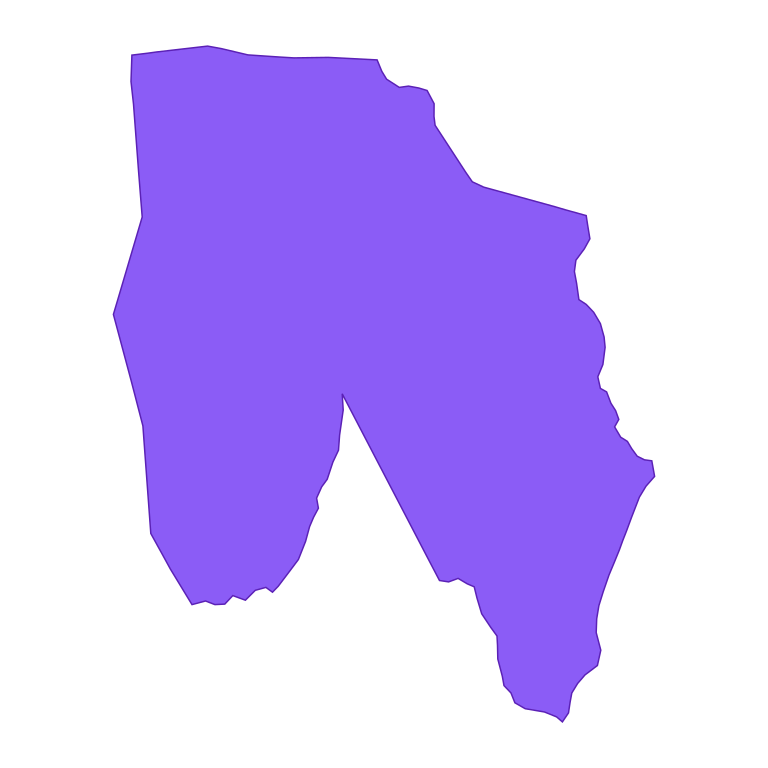 Sirinhaém, Pernambuco, Brazil (Equal Earth projection)
{"feature_id": "56859067B34906983561862", "entity_name": "Sirinhaém", "entity_type": "district", "adm_level": 2, "iso_a3": "BRA", "parent_name": "Brazil", "parent_adm1": "Pernambuco", "projection": "equal_earth", "projection_center": [-35.141, -8.583], "detail": "fine", "context": "isolated", "style": "filled", "palette": "violet", "viewbox_px": 768, "rotation_deg": 0, "n_neighbors": 0, "source": "geoboundaries", "source_scale": "gbopen_adm2", "svg_char_len": 1650}
<svg xmlns="http://www.w3.org/2000/svg" viewBox="0 0 768 768"><path d="M131.0,81.5L133.5,104.1L138.6,171.8L142.2,217.0L117.8,299.6L113.4,314.4L131.3,381.2L142.9,425.9L150.8,533.5L162.4,554.5L170.4,569.1L192.0,604.6L205.5,601.0L214.9,604.6L224.8,604.1L232.8,595.6L245.4,600.2L255.3,590.3L265.9,587.4L272.5,592.2L278.2,586.3L288.5,572.7L298.4,559.5L305.6,541.3L309.6,526.6L313.6,517.2L318.4,508.2L316.6,498.1L321.7,486.8L327.2,479.3L332.9,462.1L338.5,450.2L339.6,435.1L343.2,410.0L342.2,393.8L427.4,557.4L439.5,580.5L448.6,581.9L458.1,578.4L467.2,583.8L474.2,586.8L477.0,598.1L481.7,613.8L490.9,627.6L497.0,636.0L497.5,645.2L497.8,659.0L502.3,676.2L504.0,685.6L511.0,693.0L514.9,702.8L525.2,708.7L544.5,712.0L556.6,716.9L562.4,721.9L568.5,712.9L570.1,702.2L571.8,693.0L577.6,683.5L585.0,674.9L597.4,665.5L600.8,650.2L596.2,632.6L596.7,618.8L598.9,605.6L603.2,591.8L609.0,575.0L613.9,563.3L619.3,550.1L622.7,540.7L626.5,531.0L631.6,517.2L639.4,497.1L646.0,486.2L654.6,476.4L651.8,460.8L644.4,459.8L637.2,456.2L631.6,448.5L627.4,441.4L620.7,437.2L614.6,426.9L618.8,419.4L615.6,410.6L610.9,403.2L606.6,391.9L600.4,388.4L597.8,376.8L602.9,364.5L605.1,347.3L604.1,337.0L600.4,323.6L593.7,312.3L586.2,304.4L578.9,299.6L576.6,283.4L574.4,271.5L575.9,260.2L584.3,248.9L589.9,238.8L587.6,224.8L586.2,215.6L565.0,209.7L555.2,206.8L492.7,189.6L483.6,187.1L472.3,181.8L465.8,172.4L435.1,125.3L434.0,116.5L434.1,103.7L427.1,90.5L418.8,88.0L408.5,86.1L399.3,87.4L386.6,79.2L381.8,71.3L377.1,59.9L328.2,57.4L294.0,57.9L279.0,57.0L247.9,54.9L221.3,48.6L207.6,46.1L156.4,52.0L147.7,53.2L131.9,55.1L131.0,81.5Z" fill="#8b5cf6" stroke="#5b21b6" stroke-width="1.5"/></svg>